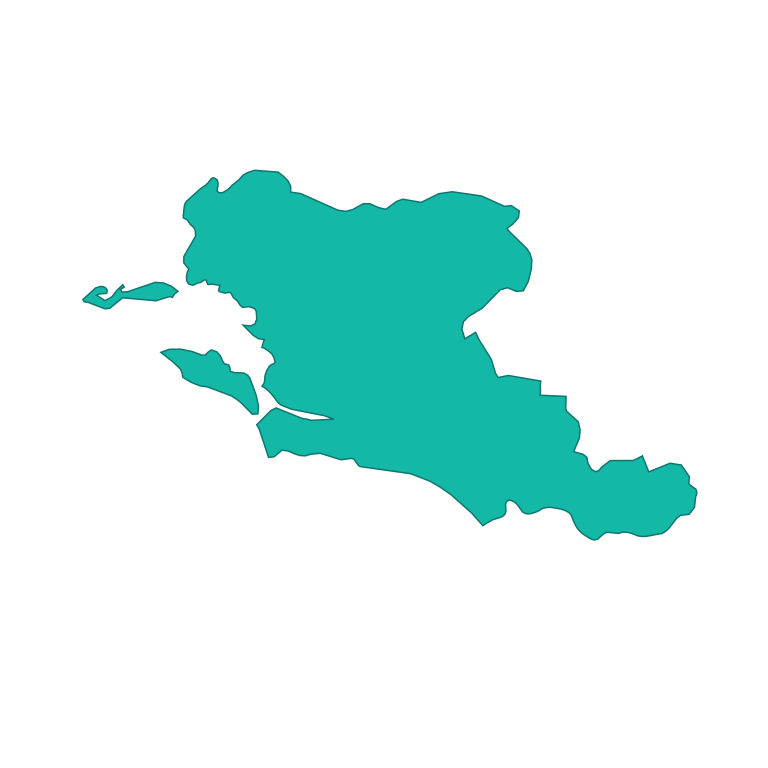 the border of Charente-Maritime, rotated 332°
{"feature_id": "FRA-5278", "entity_name": "Charente-Maritime", "entity_type": "Metropolitan department", "adm_level": 1, "iso_a3": "FRA", "parent_name": "France", "parent_adm1": "", "projection": "mercator", "projection_center": [-0.827, 45.732], "detail": "fine", "context": "isolated", "style": "filled", "palette": "teal", "viewbox_px": 768, "rotation_deg": 332, "n_neighbors": 0, "source": "natural_earth", "source_scale": "10m", "svg_char_len": 4085}
<svg xmlns="http://www.w3.org/2000/svg" viewBox="0 0 768 768"><g transform="rotate(332 384 384)"><path d="M404.7,555.4L400.9,539.3L391.2,513.2L385.3,501.6L378.8,491.2L365.4,475.7L324.2,445.7L323.2,443.9L322.1,436.1L320.2,434.3L310.6,430.8L295.1,415.2L286.3,411.6L280.8,410.5L276.0,407.5L271.9,403.3L268.4,398.6L263.0,394.5L252.8,396.7L247.6,394.6L252.6,365.6L252.5,360.2L271.8,354.3L277.5,354.5L296.0,376.5L299.3,378.7L302.8,382.0L323.2,391.5L316.6,384.1L290.5,362.9L283.0,353.9L281.5,350.1L281.0,345.3L279.7,339.0L277.8,333.0L275.3,328.7L278.6,326.9L280.6,324.4L282.1,321.9L283.5,320.1L286.7,317.2L291.2,314.4L293.9,314.0L296.3,314.5L298.1,313.5L299.3,308.7L299.0,304.4L297.2,300.0L295.2,296.4L293.3,294.2L295.0,292.8L297.9,289.6L299.3,288.5L294.6,285.3L291.4,279.7L287.2,265.9L293.3,270.1L298.2,270.4L302.1,267.0L305.3,259.9L305.3,257.3L304.1,255.5L302.4,253.5L300.5,252.0L295.0,249.9L293.9,246.5L293.6,242.3L291.5,236.6L291.6,232.7L291.2,231.1L290.2,230.4L286.4,229.1L285.4,228.4L283.7,226.5L281.9,225.1L282.0,223.3L285.4,219.9L278.6,214.7L276.4,214.1L275.2,213.3L275.3,211.4L275.7,209.4L275.3,208.2L273.8,207.8L269.4,208.2L266.4,207.2L263.7,207.4L261.3,206.9L258.5,204.0L258.2,200.5L260.0,196.4L262.9,192.8L265.6,191.0L264.1,182.9L267.2,177.4L287.2,164.9L289.6,159.5L289.4,156.2L288.0,152.6L287.2,146.6L284.8,143.1L286.1,140.7L291.2,133.2L293.2,131.1L296.1,129.8L313.7,125.4L319.9,124.7L322.8,123.9L328.2,121.5L330.5,121.9L332.5,125.2L332.0,128.2L330.6,131.0L328.6,133.1L327.2,135.5L328.1,137.6L331.1,139.3L336.5,139.1L339.4,138.6L342.7,137.3L351.9,135.6L353.7,134.8L358.0,133.4L362.8,133.3L370.2,134.6L390.1,147.3L392.8,153.5L394.6,159.5L394.5,165.3L391.7,170.8L399.8,176.7L424.9,208.9L431.3,213.6L438.1,215.3L450.2,215.1L456.0,218.1L461.9,225.6L467.6,230.6L480.9,228.7L487.4,229.7L502.1,241.1L521.7,241.7L534.5,246.3L558.4,263.8L573.8,283.7L580.1,286.2L584.7,294.8L580.7,300.3L572.8,303.3L566.0,304.2L565.7,306.5L573.7,331.6L574.1,337.3L572.8,343.8L568.1,351.6L559.7,361.1L550.7,367.1L544.3,364.3L538.3,357.0L530.9,355.4L506.4,363.1L489.9,364.1L483.4,366.3L478.7,371.8L476.5,382.0L489.1,381.4L488.7,389.3L490.3,412.7L487.5,426.8L487.8,431.9L497.7,434.8L523.8,455.0L521.8,457.8L518.5,464.5L516.5,467.2L538.9,480.4L533.1,490.8L532.4,493.6L537.8,508.7L535.5,516.8L531.1,523.5L519.7,532.8L526.8,539.6L528.5,543.3L528.5,545.1L527.6,546.8L526.8,550.6L527.1,556.8L529.2,560.4L532.8,561.4L537.5,559.5L547.9,557.9L568.2,568.6L578.4,568.8L576.5,585.9L599.4,588.3L608.4,595.0L610.1,609.1L606.4,615.0L606.8,616.5L608.0,619.5L610.0,623.3L609.6,625.7L608.3,628.1L606.2,629.9L600.2,638.7L592.3,642.3L584.2,639.2L579.8,639.8L567.7,645.2L563.4,646.3L559.5,646.5L544.2,641.7L540.3,639.8L537.1,637.5L532.1,631.7L529.2,629.2L525.1,626.8L520.7,625.9L511.4,619.6L508.1,619.3L500.2,621.2L497.3,620.7L495.4,619.6L493.2,616.8L489.6,610.5L488.4,607.8L487.6,605.1L487.0,602.3L486.8,599.5L486.8,596.6L487.6,588.0L487.3,585.2L485.3,581.7L481.9,577.8L473.7,571.4L469.0,569.1L465.1,568.3L461.8,568.6L457.8,568.4L451.6,567.1L448.2,564.9L446.3,562.1L445.2,554.0L444.4,551.0L443.0,548.1L440.4,545.3L437.9,545.1L435.7,546.3L434.2,548.5L433.2,551.0L432.0,553.4L430.2,555.3L427.9,556.4L425.3,556.5L415.1,554.8L404.8,555.4L404.7,555.4L404.7,555.4ZM255.7,297.0L254.2,300.7L257.3,303.7L265.6,308.7L267.8,312.5L268.3,315.9L265.9,333.6L262.9,344.5L258.6,351.2L253.5,348.8L249.3,334.3L247.0,328.8L243.8,323.0L226.7,303.6L220.6,299.2L214.3,291.7L209.5,283.6L210.8,279.9L211.4,275.5L208.2,265.8L201.8,251.3L210.8,252.6L220.7,257.7L229.7,265.1L236.6,272.9L239.9,274.6L243.5,273.3L247.5,272.8L251.5,277.1L252.7,282.3L252.3,287.0L252.5,291.1L255.7,294.2L255.7,297.0ZM237.7,208.2L236.2,206.5L235.0,206.0L221.8,203.5L193.7,185.2L177.4,188.4L172.9,186.6L161.1,173.0L157.9,170.6L157.9,168.0L174.7,163.8L179.9,164.9L182.1,166.6L183.5,168.8L183.6,171.3L181.7,173.8L174.8,170.8L171.8,170.6L176.9,179.5L184.6,179.3L192.9,175.6L200.0,173.8L200.0,176.6L195.8,176.6L195.8,179.8L200.7,182.1L229.9,186.9L236.7,191.3L242.2,197.8L245.6,205.5L242.9,205.8L240.7,206.5L237.7,208.2Z" fill="#14b8a6" stroke="#0f766e" stroke-width="1.5"/></g></svg>